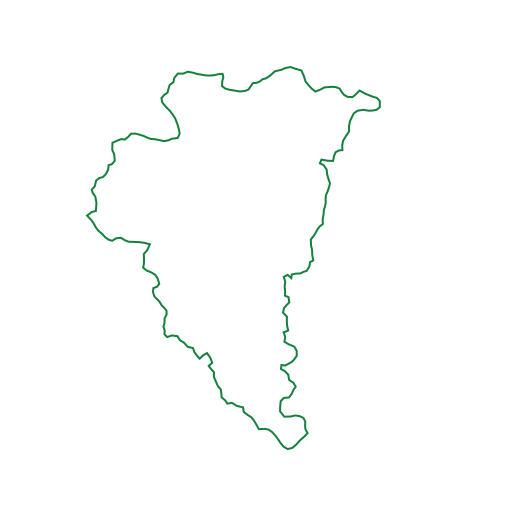 Alpinópolis, Minas Gerais, Brazil, rotated 167°
{"feature_id": "56859067B92353622671718", "entity_name": "Alpinópolis", "entity_type": "district", "adm_level": 2, "iso_a3": "BRA", "parent_name": "Brazil", "parent_adm1": "Minas Gerais", "projection": "albers", "projection_center": [-46.38, -20.827], "detail": "fine", "context": "isolated", "style": "outline", "palette": "green", "viewbox_px": 512, "rotation_deg": 167, "n_neighbors": 0, "source": "geoboundaries", "source_scale": "gbopen_adm2", "svg_char_len": 3726}
<svg xmlns="http://www.w3.org/2000/svg" viewBox="0 0 512 512"><g transform="rotate(167 256 256)"><path d="M292.1,86.6L286.4,85.6L282.9,84.1L279.9,80.8L277.4,76.4L275.6,72.2L274.1,68.1L271.9,63.9L268.5,60.7L263.6,60.9L259.4,63.1L256.4,65.2L253.4,67.2L249.5,69.2L245.6,71.8L246.8,76.1L246.3,79.9L245.2,83.6L246.2,87.5L249.4,90.1L253.6,91.8L258.4,91.8L264.6,93.1L267.5,99.2L266.3,103.9L264.6,109.0L260.8,111.4L255.6,110.8L252.0,113.9L249.7,117.1L246.7,119.7L248.1,124.1L251.6,127.8L251.3,133.2L253.8,137.3L257.1,140.3L255.7,144.1L252.2,142.7L248.6,143.7L245.0,144.7L242.1,146.6L238.8,149.5L237.7,154.3L239.1,159.1L244.1,162.7L247.6,166.1L245.7,170.7L246.3,175.4L241.4,176.1L241.4,181.1L240.7,185.2L239.5,189.9L242.4,194.8L240.5,198.8L237.7,201.0L234.0,203.3L233.6,208.6L236.7,210.8L235.6,214.8L235.0,219.8L233.3,224.1L233.6,229.4L229.4,230.5L226.6,226.5L225.3,229.9L221.1,229.9L216.7,229.0L213.2,229.9L210.0,230.1L206.4,233.7L204.6,237.9L201.2,238.8L201.0,244.1L200.0,249.4L200.0,253.9L198.9,259.7L195.6,262.4L192.8,265.0L190.5,267.7L187.6,270.3L183.6,272.2L183.0,276.3L181.0,280.9L179.5,285.6L177.6,288.8L176.1,292.2L175.3,296.1L174.3,299.4L172.0,302.4L169.7,306.0L167.6,310.0L168.1,315.1L168.3,319.7L167.7,324.3L169.6,329.2L172.9,332.0L170.5,335.2L164.7,332.7L159.5,331.3L157.5,335.8L155.1,339.2L151.3,340.2L148.0,339.7L147.1,344.3L145.3,348.6L141.2,352.8L137.3,356.4L136.2,361.5L134.0,366.4L131.4,369.6L128.6,373.0L124.4,374.7L118.4,374.3L114.0,372.4L110.0,371.5L105.9,371.3L102.0,373.0L100.5,379.0L102.6,382.8L106.3,384.9L109.8,387.3L113.5,390.0L117.9,393.9L122.0,391.3L126.2,389.1L131.0,390.5L134.0,393.2L135.5,396.4L136.9,400.3L140.0,402.5L144.0,403.8L147.7,404.3L151.4,404.9L155.8,403.7L161.1,402.8L164.1,406.6L166.4,410.7L168.5,414.9L168.9,420.7L170.0,426.5L175.0,429.3L179.8,432.3L184.7,432.6L188.9,431.8L196.2,431.7L201.4,428.7L206.2,426.9L209.9,426.7L213.1,425.2L216.6,424.6L220.3,425.1L223.3,422.2L225.9,419.9L229.3,419.3L234.7,419.9L240.1,422.2L244.0,423.7L248.1,425.9L250.9,429.2L249.4,434.3L247.6,437.5L247.6,441.0L251.9,441.6L256.1,441.6L260.4,442.2L264.7,443.4L269.4,445.4L272.6,446.7L275.8,448.6L281.0,450.9L285.8,450.1L291.1,451.3L295.4,448.1L297.4,443.9L301.7,442.0L303.6,438.7L305.4,435.2L309.3,433.5L312.6,431.2L312.8,426.7L311.0,423.1L309.3,420.1L306.8,415.9L305.2,412.2L303.8,408.2L302.9,402.0L302.6,396.7L302.9,392.4L305.8,388.6L311.7,389.2L315.3,388.4L320.0,388.6L324.1,390.7L328.4,392.6L332.2,393.7L335.6,396.0L338.7,398.4L342.0,400.3L345.7,402.3L350.1,403.3L353.9,400.7L357.6,399.0L360.9,400.2L364.9,399.7L370.4,398.6L372.2,391.8L371.3,386.9L372.2,380.5L375.7,377.9L379.1,377.7L380.7,373.3L384.0,369.4L387.6,367.3L390.9,367.3L394.8,365.5L397.4,360.2L401.0,357.7L400.9,354.1L399.2,350.0L399.5,343.9L400.8,339.4L401.9,335.9L406.3,335.8L411.5,333.4L408.0,327.3L406.6,323.4L405.5,319.5L403.8,315.9L401.0,312.3L398.7,308.1L395.8,305.0L392.7,303.2L388.3,304.7L383.5,304.1L380.3,300.9L377.0,298.6L370.8,296.9L366.1,295.6L361.5,293.8L356.8,291.3L360.5,286.3L364.9,283.1L365.8,278.3L366.9,273.8L368.6,270.0L366.0,266.6L361.6,263.5L358.3,260.2L356.8,255.8L356.6,250.5L359.4,248.3L363.2,247.8L364.5,244.1L364.0,239.2L362.0,236.1L360.3,233.1L359.2,229.7L357.3,226.5L355.5,223.0L356.2,219.2L359.1,215.8L360.2,211.4L362.1,207.9L361.7,204.2L362.8,200.3L360.8,197.0L355.9,197.5L350.6,195.6L349.0,190.9L345.7,187.8L342.9,182.8L338.1,180.5L337.6,176.0L336.0,172.4L334.0,168.6L329.9,171.1L325.5,172.4L323.3,166.7L322.7,161.8L326.8,159.5L325.0,155.6L323.1,152.2L324.2,147.7L323.4,143.0L322.4,137.8L320.3,133.9L320.7,130.1L321.3,126.0L318.5,122.2L317.1,118.6L312.4,118.3L308.6,114.4L302.7,111.4L303.0,106.7L300.0,103.1L296.8,99.9L294.9,95.8L293.3,90.7L292.1,86.6Z" fill="none" stroke="#15803d" stroke-width="2"/></g></svg>